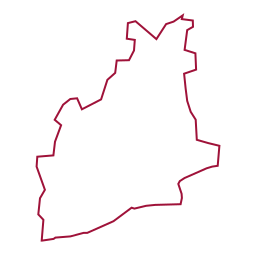 outline of Uzbekistan, Ferghana, Uzbekistan
{"feature_id": "79887680B27601964839948", "entity_name": "Uzbekistan", "entity_type": "district", "adm_level": 2, "iso_a3": "UZB", "parent_name": "Uzbekistan", "parent_adm1": "Ferghana", "projection": "orthographic", "projection_center": [70.87, 40.347], "detail": "fine", "context": "isolated", "style": "outline", "palette": "rose", "viewbox_px": 256, "rotation_deg": 0, "n_neighbors": 0, "source": "geoboundaries", "source_scale": "gbopen_adm2", "svg_char_len": 861}
<svg xmlns="http://www.w3.org/2000/svg" viewBox="0 0 256 256"><path d="M219.4,145.8L208.3,143.1L196.8,139.8L195.7,119.7L190.7,111.8L187.2,100.9L185.6,88.2L184.1,73.7L196.1,69.6L195.4,53.3L184.6,49.9L187.2,30.1L193.0,26.8L192.8,20.5L181.8,19.1L182.7,15.4L173.6,21.6L166.1,24.1L156.4,39.1L135.5,21.2L127.9,23.1L126.8,38.7L134.8,39.9L134.0,50.5L129.0,60.2L116.7,60.5L115.2,72.9L107.4,79.8L101.1,99.4L81.9,109.3L77.1,98.3L70.3,99.0L63.1,104.7L54.7,119.8L61.1,125.2L55.0,141.7L53.4,155.4L37.3,156.7L36.6,166.6L44.9,189.8L40.0,198.2L38.3,214.4L43.4,219.8L41.7,240.6L42.1,240.6L53.6,238.9L55.4,237.6L70.4,236.4L83.5,232.9L87.2,232.9L113.5,221.2L131.6,207.7L134.4,208.6L146.1,205.8L155.2,204.9L180.6,204.2L181.9,198.0L181.6,193.8L178.3,183.9L179.8,181.1L184.6,178.0L206.6,168.3L212.2,166.6L217.7,165.8L219.4,145.8Z" fill="none" stroke="#9f1239" stroke-width="2"/></svg>